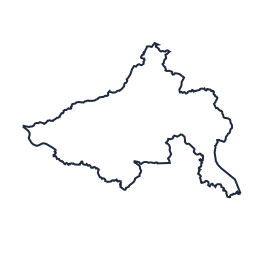 the district of Peixe, Tocantins, Brazil, rotated 263°
{"feature_id": "56859067B6869942265755", "entity_name": "Peixe", "entity_type": "district", "adm_level": 2, "iso_a3": "BRA", "parent_name": "Brazil", "parent_adm1": "Tocantins", "projection": "albers", "projection_center": [-48.57, -11.931], "detail": "fine", "context": "isolated", "style": "outline", "palette": "slate", "viewbox_px": 256, "rotation_deg": 263, "n_neighbors": 0, "source": "geoboundaries", "source_scale": "gbopen_adm2", "svg_char_len": 5833}
<svg xmlns="http://www.w3.org/2000/svg" viewBox="0 0 256 256"><g transform="rotate(263 128 128)"><path d="M125.1,30.4L123.2,32.1L121.5,34.9L121.6,37.0L123.1,41.0L122.9,43.2L121.8,45.4L117.3,51.2L115.1,53.5L114.5,53.4L113.9,52.9L112.9,53.1L113.0,52.5L111.7,53.0L111.0,52.4L110.3,50.8L109.0,50.8L109.0,52.5L108.6,53.1L106.0,53.7L106.1,54.4L105.6,55.8L104.5,56.0L103.2,57.5L103.3,58.3L102.7,58.5L102.5,59.2L100.3,60.4L99.7,61.1L100.5,62.0L100.7,62.8L100.2,63.4L98.7,64.4L99.0,65.6L99.6,65.5L99.8,67.4L99.3,68.8L99.5,69.3L98.3,70.7L97.5,75.2L97.6,75.8L98.4,75.8L99.3,77.2L100.3,77.6L100.4,78.2L99.7,78.7L98.4,78.5L97.4,79.3L96.6,81.1L96.7,82.3L97.2,82.7L95.4,83.8L95.9,85.2L95.4,85.7L93.0,86.8L92.8,88.3L93.3,88.7L93.4,89.8L93.0,90.6L91.8,91.2L92.0,92.2L91.4,92.5L90.6,93.8L90.0,93.9L89.0,93.2L86.9,92.6L82.6,94.1L82.1,95.4L80.8,96.0L81.2,96.4L80.9,98.0L79.5,99.1L78.3,98.9L77.0,101.1L77.0,104.6L77.6,105.0L78.0,106.2L77.8,107.0L77.2,107.6L77.8,109.0L77.6,109.8L78.1,110.3L77.6,110.7L76.3,111.0L76.2,111.9L76.6,112.7L76.0,113.5L76.0,114.3L74.3,114.3L73.7,113.5L73.2,113.3L72.9,113.9L72.3,114.0L72.0,113.4L70.9,113.6L70.5,113.3L67.2,116.7L67.1,117.4L67.2,118.1L68.8,118.8L69.6,121.5L70.8,122.3L73.9,127.3L75.5,128.4L76.9,128.8L78.5,131.9L78.9,133.6L81.2,134.0L82.1,135.1L83.9,135.8L86.1,135.1L88.6,135.0L90.1,133.9L90.8,132.8L92.1,131.9L92.7,130.6L93.5,130.2L94.2,130.4L92.9,134.7L91.2,135.8L90.7,136.8L92.0,139.0L92.2,140.4L91.8,142.9L90.9,144.2L91.1,145.5L90.9,147.2L89.9,150.0L90.4,151.5L90.3,152.3L89.9,153.0L89.3,153.0L88.2,165.2L90.8,165.0L92.7,164.0L93.2,164.2L94.5,166.1L96.8,167.6L100.6,166.7L101.4,166.6L103.2,167.3L105.9,166.8L108.1,165.0L108.1,164.3L108.8,163.9L110.4,166.0L112.3,166.6L111.7,168.6L112.2,171.2L113.2,171.8L113.9,171.8L114.8,173.0L113.4,176.0L115.1,179.5L114.7,181.0L112.4,183.0L108.7,183.1L107.3,182.8L105.5,183.8L105.0,184.7L105.0,186.3L104.7,186.8L99.2,191.4L98.4,191.3L97.2,190.5L95.9,190.5L95.6,191.1L94.5,191.5L93.2,193.2L93.2,194.7L93.8,196.1L93.6,196.9L91.9,197.6L91.6,198.0L91.8,198.7L90.9,199.1L86.8,198.3L86.7,197.8L88.2,196.1L87.7,195.1L87.1,195.3L86.9,196.1L86.0,196.8L84.6,197.3L84.4,196.5L81.0,195.9L79.9,193.5L79.4,193.3L78.8,193.5L78.0,194.6L77.2,193.4L76.5,193.5L74.3,192.1L73.6,192.2L73.4,193.0L71.3,194.4L69.7,193.3L68.1,193.9L67.0,193.8L66.3,194.1L65.0,193.9L64.4,194.5L64.9,195.6L64.7,196.3L65.0,197.6L66.0,198.7L65.8,199.8L64.5,201.2L63.2,201.3L61.6,200.6L60.1,202.1L62.1,203.7L62.4,204.3L62.3,205.1L61.1,205.4L59.9,207.0L58.9,207.6L60.9,208.8L61.3,210.4L60.8,213.0L59.7,213.6L58.0,213.5L56.9,215.5L56.3,215.8L55.6,216.0L55.0,215.0L54.3,215.0L53.8,216.8L52.7,217.8L51.9,218.0L51.2,217.6L47.7,218.3L46.9,220.3L47.0,220.9L48.1,221.1L49.0,221.8L49.2,222.4L49.0,223.8L49.9,224.5L49.5,225.9L50.0,227.1L51.1,227.9L51.6,228.7L50.2,229.3L49.5,229.0L49.2,229.6L50.4,230.5L49.4,231.0L50.1,231.5L63.9,227.9L76.8,215.5L80.8,212.6L84.6,211.2L93.3,211.0L98.2,212.5L99.8,212.3L100.3,213.5L101.6,214.0L103.0,215.3L105.1,215.0L105.2,216.6L104.2,217.9L103.9,219.2L102.6,221.4L102.7,222.0L104.6,223.5L106.9,224.0L107.6,224.4L108.4,225.5L110.1,226.5L110.6,228.1L114.3,229.7L115.4,231.3L118.2,231.5L120.7,230.5L123.7,230.3L125.2,228.8L126.4,224.8L127.6,224.0L129.3,224.1L130.6,223.4L132.8,223.4L133.6,222.7L133.8,221.8L134.9,220.9L135.1,220.3L136.9,219.3L137.0,217.8L141.4,216.3L143.3,218.2L144.1,218.4L145.8,219.8L147.1,220.4L148.4,219.6L148.8,218.4L150.1,218.3L150.8,217.2L152.3,217.1L152.6,217.6L153.1,217.7L154.3,217.2L154.7,216.5L154.4,215.8L154.5,215.1L155.3,215.0L156.2,214.0L156.2,213.4L157.0,211.8L156.9,211.1L156.1,210.8L155.7,210.1L156.4,209.1L157.9,208.7L157.6,208.1L158.2,205.8L157.9,204.3L157.4,204.2L156.8,202.8L156.9,201.3L156.4,199.7L156.8,199.1L156.1,197.5L157.7,196.9L158.0,196.3L156.6,195.1L157.1,193.8L156.8,192.3L155.7,191.4L155.1,189.8L156.4,188.9L156.8,188.1L156.2,186.6L157.3,185.4L157.0,184.0L158.4,183.6L160.4,183.9L161.8,185.1L164.0,186.3L167.1,186.9L171.2,189.8L175.4,185.5L176.6,181.7L176.5,181.1L175.5,180.1L175.6,178.8L176.9,178.4L178.1,178.8L178.6,178.3L179.9,175.3L179.8,173.6L180.6,172.2L181.7,172.7L183.9,172.2L185.0,171.2L187.3,170.1L188.1,171.4L189.3,171.6L191.5,172.7L192.4,174.3L196.3,174.2L196.7,175.6L197.6,177.0L198.2,177.4L198.7,178.6L200.2,176.7L200.1,175.3L199.3,174.4L199.4,173.7L200.3,171.6L199.9,170.2L200.6,169.2L201.7,168.4L202.6,168.3L204.3,166.9L205.2,165.6L206.4,165.6L206.9,166.0L207.1,168.0L209.1,164.7L208.0,164.0L207.1,162.6L205.8,161.9L205.6,161.0L206.5,159.2L206.5,156.6L205.1,156.2L203.2,154.7L201.6,154.0L200.9,153.5L201.3,152.9L200.9,152.5L199.0,152.5L198.7,150.8L196.9,149.6L196.3,149.5L195.3,150.9L194.9,152.6L194.3,152.7L193.8,152.4L193.0,152.5L191.6,151.3L190.9,151.6L189.6,151.1L188.7,148.9L189.9,146.8L189.8,146.0L189.5,145.1L188.0,143.5L188.8,141.6L185.9,139.2L180.7,136.7L177.2,133.7L176.4,132.6L175.1,133.0L173.6,132.1L173.0,131.4L173.0,130.5L171.9,129.6L170.0,129.3L167.3,126.4L166.6,124.7L166.0,124.2L166.3,123.8L166.1,121.7L165.1,120.5L164.8,119.6L165.1,118.3L164.9,117.1L166.2,114.5L166.9,114.3L165.3,112.4L163.2,112.4L162.5,111.3L162.4,110.5L162.8,109.4L161.9,107.5L161.9,103.5L161.0,101.7L160.5,101.6L160.0,99.5L159.4,98.4L159.3,95.2L159.6,94.4L159.6,92.7L160.0,92.1L160.1,90.7L159.6,89.3L159.6,88.1L158.7,87.0L159.8,82.2L159.7,79.9L158.8,79.0L158.5,75.7L157.4,74.9L156.5,74.9L155.9,73.9L154.7,74.1L154.2,73.8L154.1,72.7L154.8,71.4L153.5,69.3L153.6,67.4L152.7,66.0L151.9,66.1L150.9,65.6L150.6,65.1L150.8,63.9L148.2,61.7L147.6,61.8L146.7,59.9L146.7,58.5L145.6,56.8L144.9,54.8L144.3,54.5L144.5,52.5L145.3,51.0L144.8,49.6L145.0,49.1L143.2,47.2L143.1,46.5L142.3,45.5L142.4,45.0L143.0,44.6L144.5,41.3L143.7,39.3L144.1,37.9L143.9,36.7L143.4,35.8L141.9,34.8L141.2,32.9L141.3,30.5L141.0,30.0L142.8,24.8L142.1,24.8L141.6,24.5L137.5,28.6L135.2,29.7L132.7,29.4L130.0,28.2L125.1,30.4Z" fill="none" stroke="#1e293b" stroke-width="2"/></g></svg>